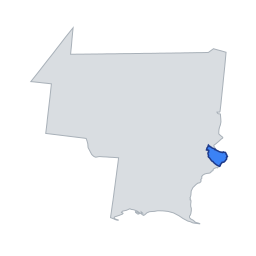 Guidimaka highlighted on a map of Mauritania, rotated 277°
{"feature_id": "MRT-2790", "entity_name": "Guidimaka", "entity_type": "Region", "adm_level": 1, "iso_a3": "MRT", "parent_name": "Mauritania", "parent_adm1": "", "projection": "albers", "projection_center": [-12.01, 15.395], "detail": "fine", "context": "in_parent", "style": "filled", "palette": "blue", "viewbox_px": 256, "rotation_deg": 277, "n_neighbors": 0, "source": "natural_earth", "source_scale": "10m", "svg_char_len": 4775}
<svg xmlns="http://www.w3.org/2000/svg" viewBox="0 0 256 256"><g transform="rotate(277 128 128)"><path d="M108.5,228.9L108.1,228.7L106.4,227.6L105.6,226.2L104.3,225.1L102.5,224.4L101.3,223.6L100.7,222.7L100.1,222.1L99.4,221.8L99.3,221.4L99.5,221.0L99.3,220.2L98.2,218.3L97.2,217.5L96.4,217.6L95.9,217.4L95.6,216.9L95.5,216.4L94.9,215.8L93.9,215.6L93.1,214.2L92.5,211.7L91.7,209.8L90.7,208.4L90.0,207.8L89.5,207.7L89.4,207.5L89.2,207.1L88.5,207.0L87.4,207.4L86.4,207.2L86.0,206.5L85.3,206.5L84.5,207.0L83.5,206.8L82.5,205.9L82.0,205.0L81.9,204.2L80.2,202.4L76.8,199.7L73.2,198.4L69.2,198.6L67.0,198.4L66.5,198.0L66.0,198.0L65.5,198.5L65.0,198.6L64.5,198.3L64.1,198.5L64.0,199.2L62.6,199.5L59.9,199.5L57.8,199.8L56.1,200.6L53.8,200.9L50.8,200.8L49.0,200.4L48.4,199.9L47.5,199.8L46.4,200.1L45.4,201.3L44.5,203.7L43.7,205.0L43.2,205.3L42.5,207.1L42.1,210.0L41.6,211.3L41.7,204.0L42.6,201.2L42.9,198.8L44.9,193.6L47.1,189.3L49.3,183.5L50.1,177.9L50.0,172.5L49.5,167.6L48.5,164.4L47.6,159.7L46.2,157.2L43.7,155.0L43.1,153.7L43.7,153.3L45.3,153.0L46.4,151.3L44.2,152.0L46.8,146.9L47.6,143.4L47.6,141.1L48.1,139.7L46.2,136.6L44.8,132.7L44.1,132.1L43.3,131.8L43.2,132.7L42.8,133.5L41.9,133.0L40.3,130.1L38.1,125.5L37.3,125.1L36.7,125.7L36.2,126.2L35.4,130.0L35.2,128.5L35.5,126.7L36.2,124.6L36.9,121.6L38.8,121.6L42.3,121.7L49.4,121.8L52.9,121.9L59.9,122.0L63.4,122.0L70.4,122.1L73.9,122.1L81.0,122.2L84.5,122.2L91.5,122.3L95.0,122.3L97.3,122.3L97.2,120.1L97.1,118.4L97.0,116.1L96.8,113.8L96.7,111.6L96.6,109.4L96.4,107.3L96.3,105.3L96.2,103.4L96.0,102.4L95.3,100.3L95.1,99.3L95.4,98.2L95.9,97.1L97.2,95.3L99.3,93.8L101.7,92.2L103.5,90.9L104.4,90.6L107.2,90.1L109.5,89.2L111.6,88.2L112.5,87.7L112.6,86.0L112.6,47.0L123.2,47.0L126.0,46.9L145.6,46.8L148.3,46.8L162.5,46.6L162.5,44.8L162.5,42.1L162.4,38.5L162.4,34.9L162.3,28.6L162.2,25.9L165.0,27.6L170.7,31.1L173.5,32.8L179.2,36.2L184.9,39.6L190.6,43.1L193.4,44.8L196.3,46.5L199.2,48.2L202.0,49.9L207.8,53.3L210.2,54.7L213.9,57.0L217.3,59.1L220.8,61.3L215.6,61.4L208.5,61.6L203.7,61.8L198.8,61.9L194.2,62.0L194.7,65.7L195.2,69.7L195.7,73.7L196.3,77.7L196.8,81.7L198.4,93.8L199.0,97.8L199.5,101.8L200.0,105.8L200.6,109.8L201.7,117.9L202.2,121.9L202.8,126.0L203.3,130.0L203.9,134.0L204.4,138.1L205.5,146.1L206.1,150.2L206.6,154.2L207.2,158.3L207.7,162.3L208.3,166.4L208.8,170.4L209.4,174.4L210.5,182.5L211.1,186.6L211.6,190.6L212.2,194.7L212.8,198.6L214.7,200.6L217.1,203.2L216.5,206.9L215.9,211.3L215.1,216.1L208.6,216.3L202.1,216.5L186.1,216.8L182.9,216.9L166.8,217.2L163.6,217.3L157.4,217.3L155.5,217.3L154.9,216.9L154.6,214.4L154.1,214.6L153.4,215.3L153.1,216.1L153.2,217.1L153.1,218.0L151.1,218.4L148.3,219.0L145.4,219.5L142.4,219.3L141.4,219.1L140.3,218.8L137.9,218.5L136.6,218.5L135.2,218.6L133.4,218.8L132.9,219.2L131.6,221.1L130.3,223.2L129.5,223.2L128.6,222.1L126.0,219.9L122.9,217.0L121.5,215.5L120.7,215.3L119.2,216.4L118.0,217.4L116.7,218.8L116.1,220.1L115.6,221.7L115.4,223.6L114.9,225.8L113.8,227.6L112.6,228.9L111.6,229.6L111.2,229.9L108.5,228.9ZM45.4,148.2L44.4,149.7L43.9,149.1L43.8,148.1L44.7,146.6L45.1,145.8L45.9,145.6L45.4,148.2Z" fill="#d9dde1" stroke="#a8b0b8" stroke-width="1"/><path d="M102.0,224.2L101.6,224.0L101.1,223.6L101.8,221.3L102.3,220.2L103.6,218.0L104.5,216.9L104.8,216.7L105.1,216.4L105.2,215.8L105.6,215.0L108.3,212.5L108.6,212.1L108.8,211.7L109.2,211.3L109.9,211.1L110.7,211.3L111.7,210.7L112.8,210.4L113.3,210.5L113.6,210.8L113.9,211.0L114.3,210.9L114.7,210.8L115.2,210.9L115.5,210.9L115.5,210.6L115.5,210.3L115.8,210.3L116.0,210.1L116.1,209.8L116.0,209.5L115.8,209.1L115.7,208.7L115.8,208.5L116.0,208.6L116.2,208.8L117.0,208.7L117.2,208.8L117.5,208.9L118.0,208.9L119.1,209.6L120.8,209.9L120.5,210.3L120.1,210.5L119.9,210.7L119.8,210.9L119.8,211.1L119.9,211.3L119.7,211.7L119.3,211.9L119.2,212.2L119.2,212.4L119.1,212.8L119.0,213.2L118.4,213.9L118.2,214.7L118.1,215.5L117.7,216.3L117.6,217.0L117.2,216.9L117.2,217.5L116.8,218.1L116.6,218.6L116.3,219.8L115.8,220.9L115.7,221.2L115.6,221.9L115.3,222.8L115.3,223.2L115.3,223.3L115.4,223.5L115.2,224.4L115.1,224.9L115.2,225.1L115.4,225.0L115.4,224.9L115.5,224.9L115.7,225.1L115.8,225.3L115.9,225.5L115.8,225.8L115.7,226.1L115.6,226.4L115.6,226.9L115.6,227.0L115.7,227.3L115.5,227.5L115.4,227.6L115.3,227.8L115.2,227.9L115.1,228.1L114.8,228.3L114.5,228.5L113.9,228.6L113.7,228.8L113.3,229.3L113.0,229.5L112.7,229.6L112.4,229.6L112.1,229.6L111.9,229.9L111.8,230.1L111.6,230.0L110.9,229.4L110.7,229.3L110.4,229.3L109.7,229.6L109.3,229.6L109.0,229.6L108.7,229.4L107.8,228.7L106.9,228.3L106.6,228.0L106.0,227.4L105.8,227.3L105.8,227.1L105.4,225.8L105.4,225.6L105.2,225.5L105.1,225.4L104.7,225.3L104.5,225.2L104.3,225.0L103.4,224.4L103.2,224.2L102.9,224.0L102.7,224.0L102.2,224.2L102.0,224.2Z" fill="#3b82f6" stroke="#1e3a8a" stroke-width="1.5"/></g></svg>